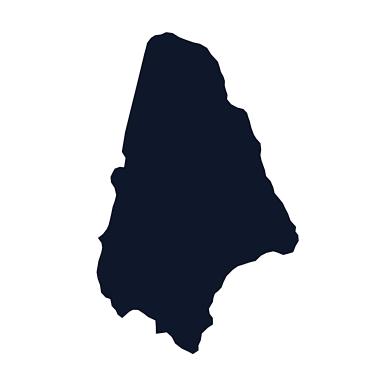 Simões Filho, Bahia, Brazil, rotated 355°
{"feature_id": "56859067B37931035064590", "entity_name": "Simões Filho", "entity_type": "district", "adm_level": 2, "iso_a3": "BRA", "parent_name": "Brazil", "parent_adm1": "Bahia", "projection": "mercator", "projection_center": [-38.397, -12.766], "detail": "fine", "context": "isolated", "style": "filled", "palette": "ink", "viewbox_px": 384, "rotation_deg": 355, "n_neighbors": 0, "source": "geoboundaries", "source_scale": "gbopen_adm2", "svg_char_len": 1709}
<svg xmlns="http://www.w3.org/2000/svg" viewBox="0 0 384 384"><g transform="rotate(355 192 192)"><path d="M222.5,57.0L219.1,50.4L212.6,45.8L205.9,43.7L196.7,39.5L192.0,37.1L186.3,32.7L180.2,31.3L175.1,33.1L168.9,33.4L165.0,35.5L161.0,39.8L159.0,45.6L157.5,49.6L147.3,79.9L137.6,108.2L131.2,127.0L126.4,145.8L129.6,152.1L127.1,162.4L122.3,161.4L117.5,162.7L115.0,166.4L112.9,170.1L112.9,175.1L115.9,180.9L117.0,188.5L114.9,194.6L112.4,200.0L110.4,206.8L108.3,213.4L106.7,218.0L104.4,222.0L100.1,226.7L95.3,229.8L98.1,234.5L98.5,239.6L97.1,244.5L93.5,252.8L90.7,263.6L91.2,269.9L93.0,276.6L93.4,284.0L97.2,288.9L102.0,291.0L102.8,298.3L106.4,302.8L107.9,307.2L111.5,310.5L118.8,305.1L122.9,303.4L128.3,304.0L134.4,308.8L137.8,312.1L145.1,316.3L145.0,322.9L144.5,329.3L149.1,329.1L154.9,328.8L160.0,334.5L162.6,341.0L168.5,346.4L174.7,350.0L178.8,352.7L184.0,349.9L184.3,345.2L187.1,340.3L188.8,333.4L195.5,328.0L200.6,325.3L201.0,319.5L198.3,315.2L197.8,309.6L202.4,303.2L203.5,298.8L205.3,294.8L209.1,292.2L212.5,289.2L214.8,284.4L218.4,278.4L225.3,272.5L231.0,269.2L235.8,268.2L243.1,266.4L249.0,265.5L254.6,260.9L260.7,258.4L267.8,257.4L272.2,259.1L277.5,261.9L282.7,261.0L287.1,260.1L289.9,254.4L293.3,249.7L293.3,244.4L290.8,240.5L291.8,235.9L287.0,229.5L285.1,222.2L282.7,216.4L280.9,211.4L276.8,205.3L273.4,200.4L272.7,194.8L270.6,188.4L266.4,182.8L265.8,176.5L264.5,171.6L263.3,166.9L262.6,161.2L263.9,155.7L263.7,149.7L260.1,144.8L258.0,140.6L256.0,133.4L255.0,126.8L253.9,122.6L253.1,118.4L250.0,114.5L244.0,112.4L238.1,108.5L234.2,102.8L235.1,98.3L234.0,94.1L233.1,88.7L233.7,84.3L232.6,79.6L230.6,75.3L229.7,70.2L228.5,64.8L222.5,57.0Z" fill="#0f172a" stroke="#020617" stroke-width="1.5"/></g></svg>